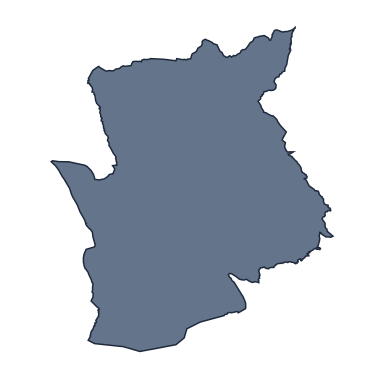 outline of Atexcal, Puebla, Mexico, rotated 350°
{"feature_id": "50627088B34758955275984", "entity_name": "Atexcal", "entity_type": "district", "adm_level": 2, "iso_a3": "MEX", "parent_name": "Mexico", "parent_adm1": "Puebla", "projection": "robinson", "projection_center": [-97.669, 18.376], "detail": "fine", "context": "isolated", "style": "filled", "palette": "slate", "viewbox_px": 384, "rotation_deg": 350, "n_neighbors": 0, "source": "geoboundaries", "source_scale": "gbopen_adm2", "svg_char_len": 5928}
<svg xmlns="http://www.w3.org/2000/svg" viewBox="0 0 384 384"><g transform="rotate(350 192 192)"><path d="M224.4,316.2L224.3,315.9L224.8,315.2L225.0,314.2L225.5,310.6L224.3,304.6L217.7,288.0L216.1,286.4L215.3,283.5L214.0,282.2L213.5,279.5L215.0,278.8L216.6,279.3L220.5,282.7L223.0,285.6L224.3,286.5L227.6,287.7L230.6,287.5L232.8,289.7L235.6,291.5L238.9,291.4L240.7,292.0L242.0,292.9L242.4,290.6L242.1,289.9L242.8,289.0L243.6,288.7L243.4,287.6L244.1,286.4L243.8,286.2L244.5,285.6L244.0,281.4L244.5,280.8L244.3,280.3L245.9,279.2L246.3,278.5L248.1,278.8L249.9,278.3L251.6,280.1L254.2,280.9L254.7,280.4L256.4,280.0L259.6,280.5L259.7,279.8L260.2,279.2L261.5,278.9L261.7,278.4L263.7,277.5L267.8,277.6L268.2,278.0L269.1,277.5L270.3,277.7L270.7,277.2L272.7,277.3L274.0,278.1L275.3,277.6L276.7,277.7L277.4,278.3L279.3,278.8L281.4,280.5L281.7,280.6L281.9,279.9L283.1,280.3L283.4,280.2L283.6,279.2L284.5,279.1L284.2,277.4L287.1,276.6L287.3,278.1L288.4,277.6L288.4,278.1L287.4,279.2L290.3,276.7L291.6,276.3L292.7,274.9L296.0,275.1L295.9,274.3L294.8,273.3L294.6,272.7L296.2,272.5L296.3,271.5L297.5,272.1L297.8,271.7L297.4,271.2L297.8,270.9L299.1,270.9L302.9,269.1L304.1,269.2L304.8,270.1L306.1,270.1L307.8,270.9L308.3,270.6L308.7,270.1L308.1,269.1L305.5,268.2L306.5,267.5L309.2,261.9L309.3,261.1L309.7,260.5L309.7,257.0L310.3,255.7L310.6,255.6L310.8,254.0L311.7,254.3L312.9,256.7L314.2,257.5L315.7,259.3L319.5,260.1L320.6,260.7L323.2,260.0L318.4,254.2L318.3,251.7L317.2,250.5L317.0,249.8L317.6,245.8L315.4,241.0L316.8,239.3L318.1,239.3L319.2,238.1L319.1,235.9L320.7,234.6L321.9,234.8L322.7,233.9L324.1,234.0L324.7,234.6L325.4,234.4L325.3,232.0L324.5,231.7L323.2,230.2L323.8,229.2L323.7,228.6L321.9,228.0L320.3,226.7L319.9,224.4L320.3,221.9L319.3,220.4L319.3,219.3L318.4,218.9L318.0,217.9L316.8,216.5L316.9,214.8L316.4,213.1L315.5,212.9L315.1,212.4L314.1,212.5L313.0,211.7L312.8,210.7L308.3,206.2L306.8,200.9L305.9,199.3L304.2,198.1L306.3,198.4L307.6,198.1L308.0,196.7L307.4,196.0L307.4,194.9L306.3,194.4L306.2,193.7L303.8,191.6L304.0,191.1L303.5,190.4L303.6,187.2L302.1,183.5L300.9,181.8L300.7,180.6L298.6,178.0L297.8,176.4L297.1,175.9L296.7,174.5L293.8,172.6L293.3,171.6L295.2,171.5L298.8,170.1L294.4,169.3L293.7,169.5L292.9,169.2L292.0,167.6L291.1,164.2L291.4,162.4L292.6,159.6L289.9,156.7L290.1,155.8L295.3,149.2L290.7,142.1L288.7,137.7L288.0,135.1L284.9,130.9L284.0,131.0L280.8,128.8L278.9,127.0L276.4,125.9L276.6,125.2L276.0,123.4L274.9,120.7L274.8,118.7L272.8,114.0L275.5,112.4L276.1,111.3L276.0,110.2L278.0,109.3L278.0,108.4L279.3,108.0L279.5,107.2L280.5,105.6L282.4,105.9L284.6,105.2L286.2,105.3L287.6,105.8L290.2,105.8L292.1,104.8L292.7,104.0L293.4,101.1L291.9,97.5L293.7,94.6L295.6,93.7L297.6,93.6L298.8,91.3L300.4,91.1L301.8,89.6L302.7,89.2L304.3,89.1L304.9,86.4L307.4,82.9L310.4,74.5L313.9,69.3L313.0,68.7L312.7,68.0L313.8,67.6L313.7,66.1L315.2,63.7L314.5,63.6L314.6,62.9L315.4,62.7L315.9,61.5L315.6,60.6L316.0,59.9L315.9,58.3L317.6,56.0L317.3,55.0L319.1,51.4L320.2,50.6L320.6,49.1L322.1,48.5L322.1,47.8L320.9,48.8L318.2,49.9L313.2,50.6L312.5,50.2L308.9,50.2L303.7,47.1L301.3,47.2L298.1,51.2L298.4,51.5L297.4,53.9L296.8,54.3L296.0,55.9L295.3,56.2L294.8,55.9L294.0,53.6L290.4,50.5L284.9,50.4L284.4,50.7L281.0,50.9L279.7,51.4L279.4,52.3L277.7,54.3L275.4,54.9L271.6,58.9L269.5,60.6L268.8,60.9L266.7,60.6L264.8,61.5L263.5,63.5L261.4,64.0L258.8,65.3L257.7,65.3L256.8,64.8L254.3,66.0L253.0,64.5L252.5,64.4L251.6,65.1L249.5,65.5L246.7,63.1L245.8,59.9L243.9,58.0L242.2,51.4L238.7,49.6L238.0,48.4L234.6,45.8L233.5,45.4L232.0,44.0L230.2,44.2L228.6,45.1L228.0,46.0L227.9,47.7L226.8,49.7L222.6,51.5L221.6,53.3L219.9,54.8L216.4,55.9L215.6,56.8L213.9,60.5L213.0,60.6L210.6,60.3L210.2,60.8L208.4,60.6L207.9,60.1L205.6,60.0L200.1,58.0L199.0,60.0L188.0,56.6L174.3,53.4L173.9,53.7L172.5,53.8L169.5,53.6L167.9,53.0L165.6,53.4L164.6,55.1L163.4,54.1L161.3,54.2L160.0,53.6L156.6,53.3L155.2,54.8L154.0,56.9L147.5,56.6L146.4,55.8L144.3,56.3L142.1,57.7L138.4,57.7L135.7,59.0L133.3,58.6L132.3,58.1L128.3,58.0L122.4,53.0L122.2,52.3L121.8,52.1L121.2,52.3L115.5,55.0L109.6,62.3L110.1,63.9L108.9,64.2L108.8,65.5L108.2,66.6L108.5,67.1L109.7,67.1L109.9,67.4L110.0,68.4L110.6,68.6L110.7,69.8L111.7,71.3L112.0,73.6L110.9,76.1L112.3,76.7L112.7,77.4L112.5,79.0L113.0,79.3L113.2,80.5L113.0,85.2L113.5,88.0L116.5,92.9L116.3,93.3L115.1,93.4L115.0,93.7L115.9,95.5L115.0,97.9L115.5,100.2L115.2,102.2L116.2,103.7L116.2,104.1L115.3,104.7L114.9,106.1L116.3,107.3L115.7,108.5L116.1,109.5L116.3,111.4L116.0,113.8L116.7,115.0L116.0,116.0L116.5,116.9L116.9,119.7L118.7,122.3L119.0,124.0L117.7,126.4L118.8,129.4L118.3,132.1L119.0,133.2L121.3,140.3L123.3,144.1L122.6,145.9L122.9,146.9L122.7,148.7L123.0,149.8L122.5,151.7L122.6,152.5L118.4,152.2L119.9,155.8L119.5,156.9L117.9,159.1L117.6,160.3L114.3,160.3L113.0,160.8L111.7,162.1L108.8,163.5L107.0,164.0L104.6,163.8L103.7,164.2L98.7,162.8L98.3,162.5L98.5,161.0L98.0,157.6L96.4,153.4L93.0,148.5L91.0,147.0L76.0,140.9L66.2,139.0L60.0,137.0L58.6,137.7L62.2,142.6L64.5,147.2L67.0,154.5L68.1,156.6L72.1,167.2L73.0,173.7L73.7,176.3L76.8,184.8L78.3,192.1L81.3,200.5L81.9,203.8L82.4,204.5L81.8,204.8L82.4,206.9L84.9,210.8L85.4,211.0L86.9,214.2L86.7,219.4L87.5,227.3L87.1,228.3L86.0,229.2L77.8,230.1L74.8,234.7L73.7,237.7L72.9,242.1L73.0,246.3L73.5,248.9L74.0,249.3L75.8,253.3L75.9,254.8L77.5,260.6L77.9,263.9L78.6,264.9L77.3,269.5L77.2,271.1L76.4,272.5L76.3,273.6L77.2,274.3L76.3,278.1L73.7,281.8L78.4,288.6L80.1,290.4L80.3,291.3L78.8,292.0L79.6,293.5L79.0,293.9L78.9,294.4L79.3,295.2L78.5,297.3L78.4,298.4L77.0,299.3L76.0,301.0L75.0,301.6L75.3,303.6L74.7,304.1L73.7,304.1L73.0,307.1L72.7,307.2L72.4,306.8L69.9,311.0L69.3,311.0L68.4,312.2L66.9,315.6L67.2,316.0L64.0,320.1L69.8,324.4L97.3,332.3L113.0,340.0L149.7,339.6L159.0,334.3L163.2,325.8L177.6,321.5L202.1,319.3L202.3,318.9L203.6,318.3L205.5,318.3L206.3,317.2L208.6,317.2L209.8,317.8L215.9,317.5L216.6,319.0L224.4,316.2Z" fill="#64748b" stroke="#1e293b" stroke-width="1.5"/></g></svg>